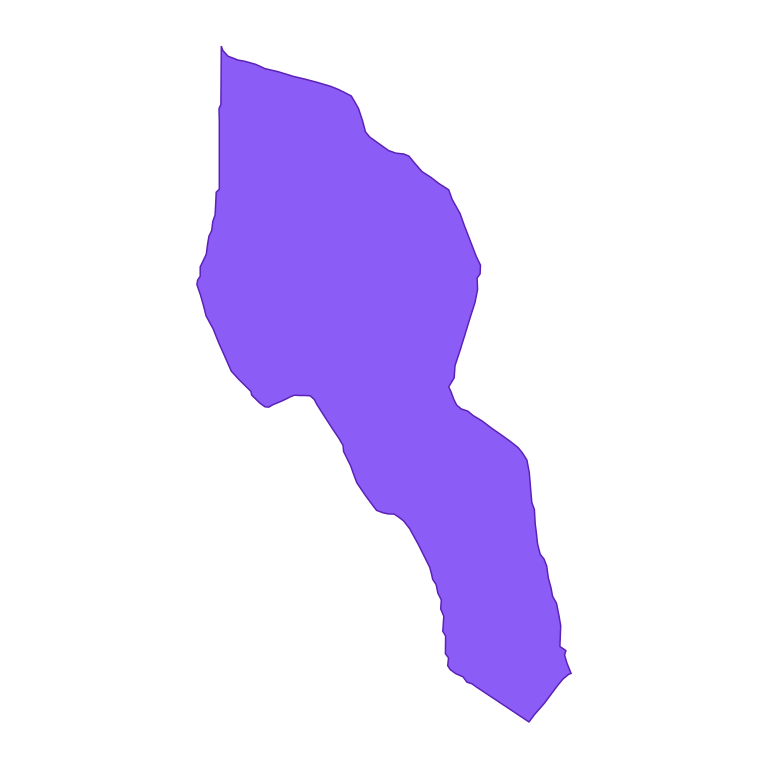 outline of Ghadeer, South Kordufan, Sudan
{"feature_id": "16777658B14153516268915", "entity_name": "Ghadeer", "entity_type": "district", "adm_level": 2, "iso_a3": "SDN", "parent_name": "Sudan", "parent_adm1": "South Kordufan", "projection": "mercator", "projection_center": [31.133, 10.64], "detail": "fine", "context": "isolated", "style": "filled", "palette": "violet", "viewbox_px": 768, "rotation_deg": 0, "n_neighbors": 0, "source": "geoboundaries", "source_scale": "gbopen_adm2", "svg_char_len": 2672}
<svg xmlns="http://www.w3.org/2000/svg" viewBox="0 0 768 768"><path d="M221.3,46.1L220.9,104.4L219.0,108.6L219.3,120.6L219.3,189.2L216.2,192.2L215.9,199.4L215.1,215.0L212.8,221.4L211.7,230.5L208.9,236.3L207.6,244.0L206.3,254.1L203.4,260.3L200.2,266.9L200.2,276.2L197.6,280.2L196.9,284.6L197.0,285.0L197.3,285.9L197.6,286.6L198.2,288.4L200.0,293.6L200.3,294.4L203.1,304.3L204.5,309.5L206.0,315.7L211.0,325.0L213.1,328.7L216.1,336.3L219.4,344.4L223.4,353.3L230.9,370.3L231.3,371.2L238.6,379.2L244.9,385.4L245.4,385.9L250.9,391.4L251.7,395.1L253.4,396.8L257.1,400.4L257.2,400.5L259.5,402.8L262.7,405.2L265.0,406.8L268.3,407.1L268.7,407.1L268.8,407.1L269.4,406.8L273.3,404.5L281.2,401.3L286.1,399.0L290.3,396.8L294.5,395.2L300.0,395.5L304.9,395.5L310.2,395.8L314.3,399.5L316.9,404.5L324.0,415.7L332.6,429.0L338.9,438.3L343.0,445.4L343.6,451.5L350.6,465.7L353.5,473.9L354.0,475.3L356.9,482.9L365.0,494.9L372.9,505.6L376.6,510.4L383.1,512.8L388.1,513.9L394.1,514.1L398.3,516.8L403.7,521.0L409.7,528.7L418.6,545.0L429.8,567.5L431.4,573.6L432.7,579.4L436.1,584.5L437.9,593.2L441.3,599.9L440.7,609.0L443.8,616.2L442.8,631.3L445.6,636.0L445.4,653.8L448.5,657.8L447.7,665.7L450.3,669.7L455.8,673.7L463.1,676.9L467.0,682.2L472.0,683.8L476.7,687.2L512.8,711.2L528.9,721.9L529.8,720.9L534.4,714.7L544.4,703.2L556.8,686.6L557.0,686.3L557.4,685.8L557.4,685.7L557.6,685.5L558.1,684.9L562.8,679.2L568.4,674.5L571.1,673.4L566.9,663.0L564.6,655.1L565.9,650.6L559.9,646.5L560.7,625.7L559.0,615.8L556.5,603.3L552.6,596.3L550.9,587.3L548.4,578.2L546.7,566.1L544.1,559.2L540.3,554.4L539.5,551.6L537.8,544.9L537.4,542.4L537.1,539.7L536.8,537.1L536.5,534.1L536.3,532.5L536.3,532.4L535.2,523.7L534.4,509.5L531.8,502.5L530.5,487.4L529.3,472.7L526.9,460.0L522.2,452.6L518.0,447.5L510.8,441.8L503.1,436.2L490.8,427.6L482.3,421.1L472.9,415.4L467.8,411.1L461.4,409.0L456.7,405.1L453.8,399.4L451.5,393.1L451.5,392.9L451.4,392.6L451.2,392.1L450.9,391.5L448.7,386.9L454.2,377.8L455.0,365.7L460.6,348.8L461.0,347.5L461.1,347.1L461.9,344.4L465.0,334.6L466.0,331.1L467.0,328.0L467.7,325.7L469.5,319.8L469.7,319.1L469.8,318.9L469.9,318.6L470.0,318.1L470.1,317.8L470.3,317.4L470.3,317.2L470.5,316.5L475.0,302.5L477.6,289.4L477.1,278.1L480.1,273.8L480.5,265.2L476.3,256.5L464.4,225.7L460.1,213.6L452.1,199.3L448.7,189.8L438.7,183.4L431.0,177.4L422.1,171.7L415.3,163.9L408.9,156.1L403.8,154.0L395.7,153.1L388.5,150.5L377.0,142.3L369.8,137.1L365.5,131.9L362.5,120.6L358.5,108.5L355.1,102.5L351.3,96.0L345.3,92.9L338.5,89.5L330.8,86.4L317.7,82.5L304.9,79.1L293.4,76.4L278.1,71.7L264.9,68.6L255.6,64.3L244.9,61.3L237.7,60.0L227.9,56.1L222.8,50.4L221.3,46.1Z" fill="#8b5cf6" stroke="#5b21b6" stroke-width="1.5"/></svg>